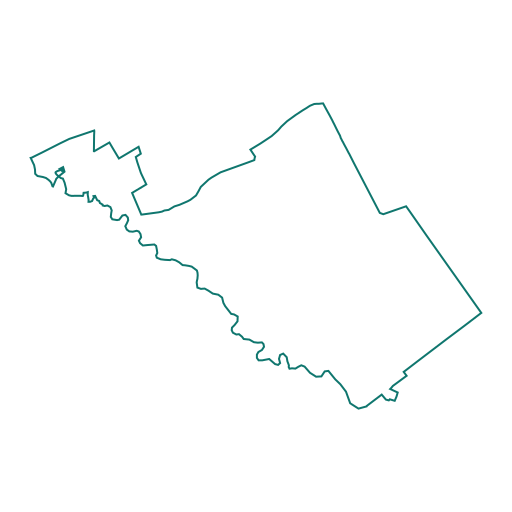 outline of Vedea, Teleorman, Romania
{"feature_id": "2599482B60509272705343", "entity_name": "Vedea", "entity_type": "district", "adm_level": 2, "iso_a3": "ROU", "parent_name": "Romania", "parent_adm1": "Teleorman", "projection": "mercator", "projection_center": [25.062, 44.098], "detail": "fine", "context": "isolated", "style": "outline", "palette": "teal", "viewbox_px": 512, "rotation_deg": 0, "n_neighbors": 0, "source": "geoboundaries", "source_scale": "gbopen_adm2", "svg_char_len": 3724}
<svg xmlns="http://www.w3.org/2000/svg" viewBox="0 0 512 512"><path d="M310.1,105.7L308.5,106.7L307.6,107.3L306.7,107.9L305.9,108.4L304.4,109.3L302.9,110.2L295.6,115.0L288.2,120.4L287.1,121.2L281.3,126.6L279.5,128.7L278.2,130.2L276.1,132.1L271.6,136.1L265.6,140.1L260.3,143.6L250.4,149.6L254.2,155.3L255.1,156.6L254.7,157.8L254.3,160.1L248.1,162.4L220.6,172.3L211.5,177.6L208.5,179.7L200.8,186.9L198.4,191.4L196.0,195.5L190.4,199.8L187.6,201.3L179.5,204.8L174.4,206.4L168.6,209.9L164.4,210.5L162.0,211.6L158.7,212.3L142.4,214.5L141.3,214.6L132.1,192.9L146.3,184.4L141.5,174.3L140.8,172.7L137.3,162.2L135.8,157.0L140.8,153.7L138.6,146.8L118.9,158.5L112.5,147.8L109.4,142.5L94.1,151.3L93.9,151.2L94.1,135.3L94.3,131.1L94.2,130.5L69.3,138.9L60.0,143.4L41.9,152.6L34.4,156.3L31.6,157.7L30.7,157.9L31.4,159.4L33.0,162.8L34.1,165.1L35.0,169.5L35.2,173.8L37.5,176.0L42.9,177.0L46.0,178.0L48.6,179.9L50.3,181.5L51.3,182.9L52.5,186.3L53.0,186.5L55.8,180.0L56.2,178.9L58.7,176.3L57.6,175.5L56.3,174.2L55.6,173.1L55.5,172.6L55.7,172.1L56.5,171.6L57.3,171.1L58.8,170.6L60.5,170.1L61.2,169.6L62.1,171.0L63.5,170.5L62.6,167.7L60.0,169.1L59.7,168.9L63.1,167.1L64.5,171.7L59.4,175.8L58.8,176.2L58.9,176.6L60.9,178.1L62.9,178.6L64.6,182.7L66.2,189.2L65.5,193.2L69.0,195.3L71.6,195.9L75.2,195.8L78.0,195.8L80.3,195.8L82.8,196.0L83.3,195.0L83.6,192.8L86.2,192.6L87.8,192.1L87.7,194.7L88.1,196.9L88.6,200.0L88.5,201.8L90.1,201.8L92.1,201.0L93.1,198.7L94.0,197.7L93.5,196.1L95.1,195.9L97.2,200.2L99.2,201.0L99.9,203.0L102.6,204.6L102.7,205.5L104.6,206.0L107.4,205.5L110.4,207.1L111.7,210.4L111.2,213.2L110.8,216.9L112.3,219.3L117.1,220.1L119.2,219.7L122.4,215.5L125.5,214.9L127.8,217.5L128.2,220.2L127.0,223.0L125.3,226.2L126.8,229.6L129.3,231.4L132.8,231.7L136.7,230.8L138.8,231.5L140.5,234.1L141.1,237.3L139.8,239.3L138.9,240.7L140.1,243.2L142.9,245.5L146.9,245.1L154.3,244.5L156.1,245.9L156.8,249.4L157.3,253.0L156.1,255.5L156.8,257.7L160.7,259.3L164.8,259.8L170.0,260.1L171.8,259.3L175.6,260.3L177.4,261.3L179.2,262.3L182.6,265.1L185.1,265.3L188.8,265.9L191.7,266.6L192.9,267.5L194.0,268.3L196.9,270.5L197.5,272.7L197.6,274.0L197.7,275.4L197.4,278.9L197.0,280.5L196.7,282.2L196.7,282.7L196.9,284.0L197.4,287.6L201.0,288.9L202.8,288.7L204.7,288.6L208.5,290.7L212.8,293.6L218.3,294.7L222.1,297.6L223.4,302.9L225.2,306.2L231.2,313.9L234.0,314.4L237.7,316.5L237.5,321.3L234.6,325.0L232.0,327.6L231.7,330.2L232.9,332.7L236.3,334.5L239.0,334.2L242.0,336.7L243.7,339.0L249.4,339.6L253.9,342.2L257.8,342.7L261.9,342.4L263.5,344.1L264.0,346.8L261.9,350.0L258.4,352.0L256.9,354.6L256.9,357.9L258.6,360.3L262.4,360.3L269.2,359.0L275.1,364.1L278.1,364.9L280.1,363.1L279.0,358.9L280.1,355.0L283.2,353.6L286.7,357.2L287.4,361.3L288.9,365.3L288.7,367.0L289.5,368.7L292.0,368.3L295.4,368.6L298.3,366.8L301.3,365.3L304.6,366.6L310.0,372.8L316.1,376.7L321.4,376.4L324.7,371.4L328.4,370.9L335.3,379.4L340.4,384.3L346.0,391.7L350.2,403.3L358.5,408.6L366.6,406.4L366.8,405.9L381.7,394.6L385.9,399.6L388.8,400.4L389.8,399.3L394.7,400.8L396.5,396.6L397.7,392.5L390.2,389.0L391.0,388.2L392.9,385.9L406.6,375.8L403.7,371.9L416.6,362.0L446.4,339.3L464.0,326.1L481.3,312.9L426.6,235.6L410.0,211.8L406.1,206.3L383.3,214.2L379.8,212.9L353.9,163.1L349.1,153.6L348.8,153.2L347.6,150.9L346.2,148.2L345.1,146.2L344.4,144.9L343.6,143.4L343.3,142.8L343.0,142.1L342.6,141.6L342.2,140.8L341.6,139.6L341.1,138.6L340.7,137.9L340.3,136.5L340.1,135.9L339.7,135.1L339.5,134.6L339.1,134.0L338.4,132.6L337.8,131.5L337.0,129.9L336.1,128.1L334.2,124.2L333.0,121.9L332.3,120.4L331.6,119.1L329.7,115.5L326.0,108.8L325.2,107.3L323.1,103.4L321.6,103.5L318.9,103.8L318.0,103.8L317.2,103.8L316.6,103.8L315.5,103.9L314.2,104.0L310.1,105.7Z" fill="none" stroke="#0f766e" stroke-width="2"/></svg>